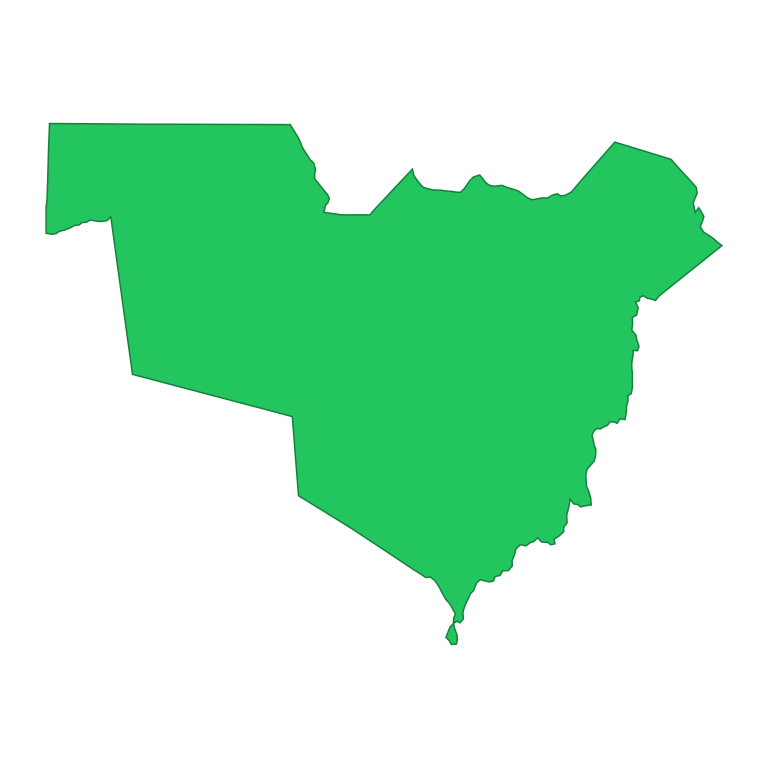 Marajá do Sena, Maranhão, Brazil
{"feature_id": "56859067B7170662735906", "entity_name": "Marajá do Sena", "entity_type": "district", "adm_level": 2, "iso_a3": "BRA", "parent_name": "Brazil", "parent_adm1": "Maranhão", "projection": "natural_earth1", "projection_center": [-45.553, -4.751], "detail": "fine", "context": "isolated", "style": "filled", "palette": "green", "viewbox_px": 768, "rotation_deg": 0, "n_neighbors": 0, "source": "geoboundaries", "source_scale": "gbopen_adm2", "svg_char_len": 2971}
<svg xmlns="http://www.w3.org/2000/svg" viewBox="0 0 768 768"><path d="M453.4,623.6L456.9,621.2L460.0,622.8L463.4,618.8L462.9,612.7L464.0,608.2L465.9,603.4L468.4,598.5L470.3,593.8L473.6,590.6L475.1,586.6L476.8,582.6L480.5,579.6L484.8,580.9L490.0,581.9L493.7,580.8L495.0,576.6L500.1,575.4L502.7,570.8L508.5,570.5L512.3,565.9L512.1,560.5L514.7,554.2L516.0,548.7L520.6,544.6L525.9,545.9L530.0,542.8L534.1,541.3L537.7,537.9L541.8,542.1L547.7,542.3L550.6,544.7L554.9,543.8L554.2,539.0L558.6,536.4L563.7,531.7L563.6,527.5L567.1,522.8L566.7,515.2L568.9,506.7L570.0,499.2L573.8,503.9L577.8,504.5L580.5,506.9L585.2,505.8L591.2,505.0L590.7,498.1L588.5,490.5L586.7,487.0L586.0,480.4L585.9,473.8L587.4,468.7L591.7,464.0L594.3,461.0L595.6,455.6L595.9,449.4L594.1,445.0L593.2,439.9L592.0,435.2L593.8,431.2L596.7,428.5L600.4,428.9L603.8,426.8L607.1,425.5L610.2,421.9L614.1,421.9L617.2,423.4L620.1,418.7L625.0,419.6L626.5,410.8L626.5,406.4L628.0,400.8L628.0,395.6L631.3,393.6L632.5,386.6L632.3,380.2L632.4,373.5L631.8,368.2L631.8,362.7L633.1,354.9L633.1,350.4L637.5,350.7L639.0,346.4L636.6,339.4L636.1,335.5L631.8,330.1L632.6,324.1L632.4,317.5L636.6,315.0L638.2,307.8L635.5,302.0L639.3,300.8L640.1,297.0L643.6,295.7L647.0,298.2L651.9,299.1L655.4,300.6L658.6,296.5L663.1,292.7L721.9,245.6L717.4,242.1L712.7,238.0L703.7,232.1L700.2,226.7L702.3,221.7L703.9,216.4L700.9,211.1L698.7,207.7L695.2,212.5L693.2,202.8L695.7,196.7L697.2,193.1L696.2,187.3L693.2,183.8L690.8,181.2L687.9,178.0L684.0,173.9L674.9,163.8L671.1,159.4L649.2,152.6L620.0,143.7L614.8,142.1L583.2,178.1L571.4,192.0L565.2,195.4L560.3,195.8L557.4,193.7L552.1,195.2L547.7,198.0L542.0,197.9L536.7,199.0L532.1,199.8L527.6,198.0L523.3,194.6L519.1,191.5L515.3,189.9L510.3,188.4L506.7,187.3L502.2,185.4L498.2,185.7L494.7,186.3L489.5,185.3L486.0,182.9L483.0,179.1L479.7,175.0L473.6,176.9L469.6,180.8L466.6,185.4L464.1,188.8L460.5,192.3L456.5,192.2L451.4,191.4L445.9,191.0L441.8,190.3L437.5,190.1L433.2,190.0L428.1,188.8L423.2,187.3L420.4,184.4L417.3,180.5L413.9,175.5L412.4,169.1L375.2,208.7L372.5,211.7L369.9,214.8L342.5,214.9L324.0,212.4L325.4,205.6L328.0,202.4L329.4,198.4L327.5,194.6L314.8,178.9L314.6,174.4L315.6,169.6L313.8,163.2L310.2,159.7L306.7,154.3L304.0,150.2L302.1,147.0L300.7,142.8L298.7,138.6L296.3,134.4L292.7,128.6L290.3,124.6L160.1,124.2L144.4,124.2L49.5,123.5L49.4,127.6L48.6,146.8L47.7,180.4L47.0,200.7L46.1,206.8L46.1,233.3L51.9,234.2L56.1,233.6L59.2,231.4L64.0,230.2L69.8,228.1L74.3,225.5L79.2,224.9L82.0,222.6L86.7,222.1L90.0,220.0L96.4,221.1L101.1,221.5L107.0,220.6L110.8,216.8L132.5,374.4L276.3,412.3L292.3,416.6L298.5,495.7L350.3,527.7L385.5,550.9L412.9,569.2L422.8,575.4L425.7,577.5L430.1,576.9L435.0,580.7L439.1,586.9L442.2,593.0L445.9,599.6L449.0,602.9L451.4,606.5L453.2,609.9L455.4,614.0L453.6,618.4L453.4,623.6ZM456.5,644.0L457.4,639.2L457.0,634.7L454.9,629.4L453.4,623.6L450.1,626.9L447.5,633.3L445.9,637.3L449.0,640.4L451.4,644.5L456.5,644.0Z" fill="#22c55e" stroke="#15803d" stroke-width="1.5"/></svg>